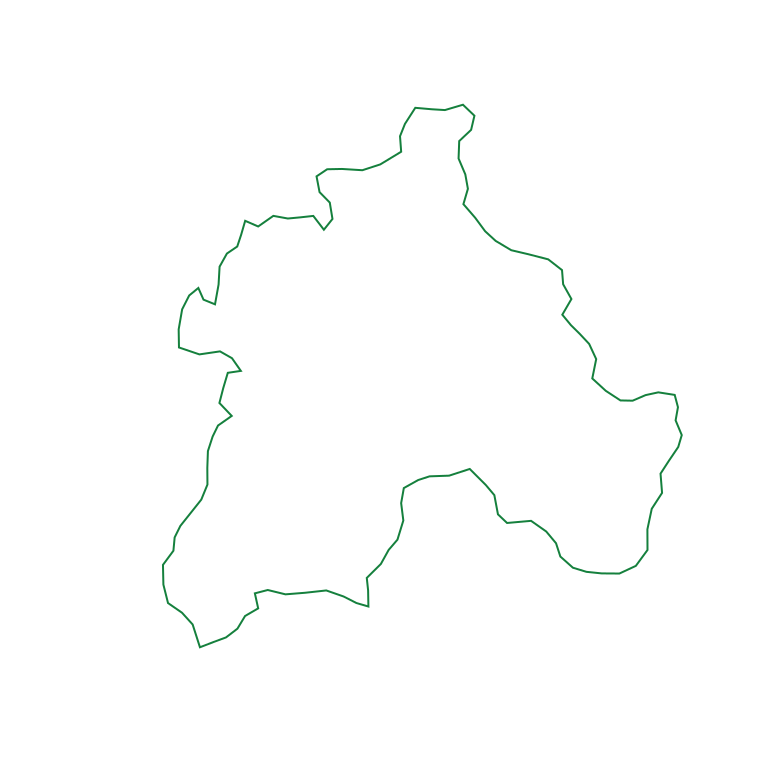 Itamarati de Minas, Minas Gerais, Brazil, rotated 162°
{"feature_id": "56859067B34980418963109", "entity_name": "Itamarati de Minas", "entity_type": "district", "adm_level": 2, "iso_a3": "BRA", "parent_name": "Brazil", "parent_adm1": "Minas Gerais", "projection": "orthographic", "projection_center": [-42.847, -21.427], "detail": "fine", "context": "isolated", "style": "outline", "palette": "green", "viewbox_px": 768, "rotation_deg": 162, "n_neighbors": 0, "source": "geoboundaries", "source_scale": "gbopen_adm2", "svg_char_len": 1786}
<svg xmlns="http://www.w3.org/2000/svg" viewBox="0 0 768 768"><g transform="rotate(162 384 384)"><path d="M184.7,144.7L178.4,164.4L167.9,182.6L153.2,194.5L148.7,213.3L136.7,223.0L123.6,233.2L116.6,243.4L117.9,259.3L111.6,271.1L110.9,283.8L125.7,291.3L138.7,292.6L152.7,291.3L164.2,295.3L175.2,309.0L184.2,324.9L174.5,342.1L176.5,358.7L182.3,371.1L188.0,382.1L193.0,394.8L179.5,406.9L182.8,423.5L179.5,437.3L189.3,451.8L206.6,462.8L221.6,471.9L233.6,485.6L240.6,498.0L245.9,513.9L252.9,530.5L243.9,543.7L241.9,558.2L243.4,575.4L237.4,591.8L222.6,598.8L215.1,611.2L222.6,625.2L241.4,625.7L253.6,630.5L268.9,637.0L283.7,624.9L292.2,614.7L295.9,599.6L319.7,594.0L338.5,594.0L357.5,601.5L371.7,605.8L384.0,602.3L386.0,586.4L379.5,573.3L382.0,556.9L393.5,549.3L399.3,565.7L412.3,568.4L424.3,571.1L437.3,578.1L455.0,572.7L465.6,582.1L473.8,570.0L481.1,560.1L493.1,556.6L504.1,546.4L510.6,529.7L520.1,512.0L529.6,520.0L530.9,532.7L541.9,528.4L552.9,517.4L562.4,499.4L567.7,482.1L550.4,469.2L529.9,465.7L520.6,455.5L516.1,440.7L529.1,442.9L538.2,429.7L546.4,416.8L538.7,400.7L554.7,395.8L563.2,387.0L572.2,374.6L578.0,358.7L583.0,342.9L593.5,330.5L606.8,321.7L621.5,312.0L630.5,302.8L635.8,290.5L650.1,280.3L655.8,261.4L657.1,242.4L646.8,228.9L640.3,214.4L640.4,190.5L625.6,191.3L612.6,191.8L599.0,196.6L587.8,206.3L573.0,209.5L571.5,224.8L558.2,224.0L542.7,214.4L523.4,209.8L502.7,205.5L488.1,194.4L477.9,184.2L467.6,177.2L462.9,192.6L460.3,204.9L442.6,213.8L430.8,224.8L419.3,231.8L407.8,248.2L404.5,265.4L397.3,278.9L381.2,282.1L369.2,282.1L350.4,276.7L328.7,276.7L318.4,256.5L313.4,244.2L315.9,224.8L309.9,213.8L286.4,208.4L275.3,193.6L269.6,179.4L269.6,165.4L261.1,150.9L249.5,142.8L235.5,136.6L218.7,131.0L200.7,133.2L184.7,144.7Z" fill="none" stroke="#15803d" stroke-width="2"/></g></svg>